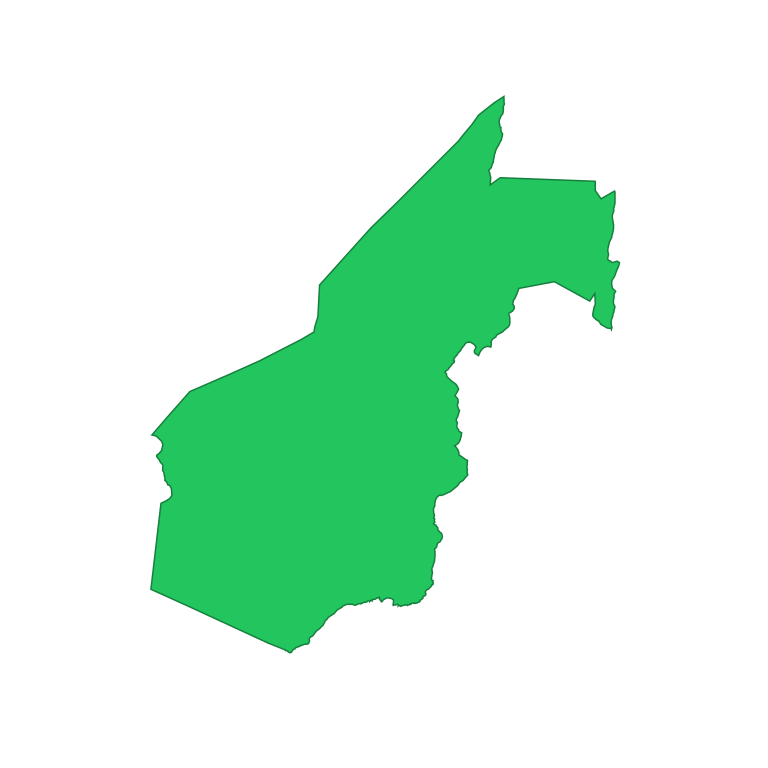 Dormaa Municipal, Brong Ahafo, Ghana (Equal Earth projection), rotated 36°
{"feature_id": "2480657B85939384202988", "entity_name": "Dormaa Municipal", "entity_type": "district", "adm_level": 2, "iso_a3": "GHA", "parent_name": "Ghana", "parent_adm1": "Brong Ahafo", "projection": "equal_earth", "projection_center": [-2.774, 7.238], "detail": "fine", "context": "isolated", "style": "filled", "palette": "green", "viewbox_px": 768, "rotation_deg": 36, "n_neighbors": 0, "source": "geoboundaries", "source_scale": "gbopen_adm2", "svg_char_len": 6151}
<svg xmlns="http://www.w3.org/2000/svg" viewBox="0 0 768 768"><g transform="rotate(36 384 384)"><path d="M536.0,206.3L535.0,204.0L533.3,202.9L532.7,201.9L531.4,200.6L530.1,197.9L529.2,194.5L528.1,192.8L527.8,191.0L526.6,188.7L525.9,186.6L525.1,185.5L522.4,184.1L520.6,181.7L519.6,179.5L517.3,176.0L516.9,172.8L512.9,172.4L511.2,171.2L508.5,168.2L507.4,165.5L507.3,161.6L505.3,154.6L504.5,150.6L503.2,147.4L500.4,147.6L497.7,151.2L497.1,151.6L494.2,151.5L493.1,152.1L491.2,151.2L489.6,147.3L487.9,145.7L487.2,145.4L485.5,142.7L482.9,136.6L482.0,131.4L481.0,129.7L480.7,128.4L478.6,123.8L476.0,120.1L470.6,114.9L469.7,113.5L468.9,111.4L468.4,109.3L466.6,107.0L466.0,105.0L464.3,101.5L458.0,92.9L457.5,92.5L457.1,92.4L450.7,106.6L441.2,103.3L435.8,95.9L435.2,96.2L356.8,148.8L352.9,160.6L350.2,156.1L349.7,155.7L349.5,155.0L348.9,154.1L346.9,152.6L346.0,151.4L343.9,150.3L343.2,149.6L343.6,146.0L342.3,142.3L342.0,140.1L340.6,138.0L339.6,135.3L338.4,133.5L338.2,131.9L337.3,130.0L336.6,127.0L336.4,123.5L335.5,119.1L335.6,117.9L333.5,113.0L332.7,111.8L331.0,111.3L329.1,109.7L327.8,107.7L326.1,107.4L324.7,105.7L323.8,105.2L322.4,103.4L321.6,100.4L321.5,99.3L321.0,98.5L321.3,96.2L321.0,94.9L320.0,93.0L319.4,92.4L319.1,91.4L317.6,89.9L316.9,86.8L315.0,85.0L314.2,83.6L313.4,82.9L312.0,80.9L307.8,91.9L302.5,110.8L302.6,122.5L301.6,137.1L301.4,143.9L287.7,230.6L281.7,265.3L273.7,341.8L290.9,368.3L294.4,378.4L296.8,383.0L290.9,396.6L269.5,438.8L253.3,467.0L231.4,504.2L228.1,538.8L226.2,561.7L230.5,560.0L237.8,561.0L240.9,563.2L243.1,568.6L242.9,572.3L242.0,575.1L242.9,576.4L246.5,577.4L249.4,578.8L252.2,579.4L253.1,579.9L255.6,583.9L258.3,585.2L260.1,587.3L262.2,588.8L263.2,590.7L265.9,591.1L267.5,592.0L268.1,592.7L270.2,592.1L273.5,593.6L277.9,598.7L278.0,602.4L276.4,606.7L273.7,611.6L316.1,687.1L356.3,678.8L442.5,661.7L459.9,657.3L461.0,657.6L462.4,656.7L464.3,657.1L466.0,656.6L466.8,655.5L466.6,653.0L466.8,651.6L467.6,650.8L467.6,649.1L469.5,646.5L469.8,645.3L470.3,645.2L470.7,644.0L471.4,643.1L471.8,642.9L472.0,642.3L472.6,641.3L475.1,639.3L475.3,638.7L475.4,637.4L474.7,635.5L473.3,634.1L473.1,633.3L473.3,632.1L474.4,629.6L474.5,623.6L475.8,619.4L475.9,617.5L476.5,615.2L476.0,611.5L475.5,609.9L476.2,608.4L476.0,606.3L477.2,602.4L478.6,599.0L478.9,594.4L481.2,589.2L481.2,587.7L482.4,586.0L483.1,584.4L484.0,583.8L484.6,582.9L486.4,582.2L487.4,580.9L490.1,580.3L491.1,579.6L492.2,577.3L493.9,575.5L494.6,575.5L494.7,574.8L495.2,574.4L495.7,572.9L496.7,571.7L497.6,571.3L498.2,570.1L498.6,568.5L499.2,568.3L500.1,567.6L500.3,568.0L500.4,567.3L501.0,567.0L501.1,566.4L501.7,566.3L501.2,565.8L501.7,565.8L502.0,564.3L503.4,563.3L504.1,561.0L504.6,560.9L505.4,559.3L506.0,559.3L506.2,560.1L507.2,560.9L508.1,560.8L508.6,561.3L509.1,560.9L509.9,561.7L510.4,561.0L510.3,558.9L512.3,555.0L515.9,553.3L518.1,552.9L519.4,554.1L521.2,557.4L521.4,557.2L521.7,557.5L522.2,556.5L523.2,556.1L523.6,555.2L524.2,554.9L524.4,554.2L525.9,554.4L526.1,555.1L526.5,554.2L528.4,554.0L528.8,552.9L530.5,551.0L531.0,550.0L531.8,549.9L532.4,549.0L533.2,549.3L534.0,547.7L534.1,546.8L534.3,546.6L534.7,547.1L535.3,546.6L535.1,545.7L536.1,543.9L536.7,544.0L536.9,543.5L537.3,543.8L537.8,543.1L538.4,543.0L539.8,541.2L540.0,540.2L540.5,540.0L540.9,538.5L540.3,537.4L540.8,536.8L541.4,534.4L540.8,534.1L540.7,533.6L541.0,532.0L541.2,531.9L541.8,530.4L541.3,529.1L539.8,528.4L539.4,526.5L539.6,525.1L540.4,523.8L540.6,523.8L540.5,522.7L540.9,521.8L541.1,519.4L540.8,518.3L541.3,517.7L541.4,516.8L540.8,516.0L540.0,515.9L539.5,514.5L539.2,514.2L538.0,514.7L537.3,514.3L536.8,513.3L536.5,513.2L535.5,511.0L535.0,510.6L534.8,509.7L534.1,508.1L533.3,507.6L532.8,506.8L532.1,506.6L531.9,505.9L531.5,505.8L530.9,504.2L530.9,503.2L529.7,500.2L529.7,499.4L529.2,498.9L529.1,497.8L525.4,491.7L524.8,491.3L523.9,489.7L523.5,489.6L521.9,487.6L522.3,486.3L522.3,484.8L522.0,483.9L521.2,482.7L521.2,480.7L521.3,480.2L521.9,479.1L522.1,477.8L521.6,476.7L521.9,475.8L521.3,473.9L520.6,472.7L518.7,471.3L517.9,470.9L516.8,471.1L514.3,470.5L513.6,470.6L511.6,468.4L509.6,468.3L509.2,467.6L507.8,468.1L506.3,467.9L506.1,467.3L506.4,465.8L504.9,465.1L504.7,464.0L504.1,463.2L503.1,463.4L502.6,462.7L502.6,461.6L501.7,460.2L500.2,459.3L498.3,457.2L497.0,454.9L496.9,453.1L495.4,450.9L493.6,446.9L493.5,444.0L493.8,442.3L494.6,441.2L495.7,440.6L497.5,438.2L501.1,431.5L503.1,423.6L503.4,421.7L503.1,420.2L503.2,419.1L504.7,415.5L504.8,412.2L505.2,408.4L502.9,406.3L501.9,404.4L499.7,402.3L498.8,400.3L497.4,398.7L496.9,397.2L496.4,396.7L495.4,397.1L486.1,397.2L485.1,395.6L482.7,393.9L478.6,392.5L477.7,392.8L477.5,392.3L478.9,388.8L479.0,387.8L478.5,384.7L477.0,380.6L475.5,377.8L472.3,378.2L471.3,377.2L468.5,376.3L467.0,374.3L466.4,372.6L465.2,371.7L464.1,371.4L463.3,370.0L462.9,368.4L462.8,367.0L460.6,360.9L458.6,360.4L457.9,359.6L456.4,358.8L455.4,357.3L455.0,355.5L453.1,353.1L451.2,352.3L448.4,351.8L447.5,344.4L444.4,342.6L442.3,341.9L437.0,341.9L430.6,341.1L428.5,339.1L426.3,338.5L426.6,336.5L427.4,334.4L427.4,333.6L427.1,333.0L427.4,331.0L427.5,327.2L428.0,325.2L427.5,324.0L426.3,324.0L426.2,323.3L426.0,323.1L425.9,322.2L425.6,321.3L425.9,319.1L425.8,318.7L426.0,317.7L425.8,317.3L426.0,316.2L425.7,315.3L425.8,314.4L426.2,313.5L426.2,311.2L425.8,309.3L426.0,308.5L425.9,308.0L426.2,305.5L426.0,303.3L426.2,302.6L427.3,301.0L428.3,300.2L428.4,299.5L433.5,299.0L435.9,299.6L436.5,299.9L437.2,301.3L437.4,303.6L437.6,304.2L438.8,305.4L440.1,305.7L443.8,305.5L443.0,302.2L442.8,298.6L443.5,295.6L445.2,293.1L447.3,291.8L448.7,291.4L447.5,288.9L446.5,287.6L445.8,287.3L445.5,285.0L445.5,283.9L445.6,283.2L446.8,280.5L446.5,278.5L446.7,277.4L449.3,272.2L449.7,269.4L450.9,265.2L450.9,262.6L450.3,261.3L448.1,258.0L445.7,255.4L444.2,254.5L443.4,253.2L444.5,251.3L445.2,249.0L445.0,246.5L444.0,244.9L443.5,244.6L442.6,244.0L441.0,243.9L440.7,242.6L439.6,240.4L439.5,237.1L437.9,230.6L436.9,227.4L461.7,201.1L501.7,196.0L501.4,186.9L508.2,195.5L508.5,196.2L508.5,197.2L508.8,198.4L511.8,204.7L513.0,206.2L514.7,206.8L517.1,207.1L519.4,207.2L520.7,206.8L524.4,208.3L531.7,207.5L533.8,206.4L534.7,205.6L536.0,206.3Z" fill="#22c55e" stroke="#15803d" stroke-width="1.5"/></g></svg>